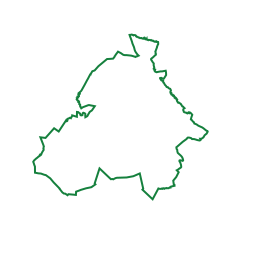 Chapa de Mota, México, Mexico (Robinson projection), rotated 301°
{"feature_id": "50627088B57428074978837", "entity_name": "Chapa de Mota", "entity_type": "district", "adm_level": 2, "iso_a3": "MEX", "parent_name": "Mexico", "parent_adm1": "México", "projection": "robinson", "projection_center": [-99.535, 19.819], "detail": "fine", "context": "isolated", "style": "outline", "palette": "green", "viewbox_px": 256, "rotation_deg": 301, "n_neighbors": 0, "source": "geoboundaries", "source_scale": "gbopen_adm2", "svg_char_len": 5720}
<svg xmlns="http://www.w3.org/2000/svg" viewBox="0 0 256 256"><g transform="rotate(301 128 128)"><path d="M208.6,81.4L208.1,81.9L206.3,84.2L203.9,87.1L202.8,88.2L200.3,91.6L198.3,93.6L197.4,94.8L196.8,96.0L195.9,98.1L195.5,99.8L194.8,99.3L194.5,99.2L193.3,98.0L192.8,97.9L192.1,94.9L191.7,93.5L189.8,89.4L188.6,87.3L188.3,86.2L188.5,83.3L188.3,80.1L187.0,80.0L184.4,79.7L183.5,79.8L182.5,79.6L181.9,79.8L179.8,79.5L178.2,77.3L176.3,74.5L165.7,70.8L160.3,69.8L159.7,69.4L158.3,68.2L155.3,68.2L154.6,68.4L154.4,68.0L149.5,68.3L148.1,68.3L142.4,68.6L136.3,68.8L135.3,68.7L133.5,68.1L133.6,68.3L132.6,69.1L131.9,69.0L131.8,68.1L131.4,68.1L131.2,68.9L130.9,68.9L130.7,68.8L130.5,69.2L129.9,69.6L128.9,68.6L128.3,69.4L127.9,69.0L127.7,69.0L127.3,68.7L126.5,69.6L126.1,69.4L125.6,70.4L125.6,70.9L125.7,71.2L125.5,71.3L125.5,71.9L125.0,72.0L125.2,72.4L124.6,72.5L124.5,73.2L124.1,73.5L123.3,74.0L123.4,74.9L122.5,75.4L121.9,76.3L121.7,76.2L120.8,77.8L122.7,78.7L127.1,82.2L127.6,82.8L129.6,88.3L124.5,88.0L122.1,86.9L119.5,86.9L117.2,87.0L115.3,85.9L116.7,84.9L118.1,84.2L118.3,83.6L118.3,83.1L118.1,81.9L117.9,81.7L117.3,81.6L116.8,81.8L116.2,81.9L115.9,82.2L115.5,82.3L115.3,82.0L115.0,81.7L114.7,81.4L114.6,81.0L114.7,80.4L114.9,80.2L115.7,79.5L115.7,79.2L115.7,78.5L116.0,77.1L115.5,76.0L111.3,78.4L110.1,73.7L109.5,74.0L108.7,73.9L108.0,74.0L107.9,73.9L107.0,74.0L107.0,73.4L106.7,72.8L106.1,72.6L105.1,71.7L104.8,71.6L104.6,71.6L104.0,71.9L103.7,72.0L102.9,72.3L102.5,72.2L102.4,72.1L102.6,72.0L103.1,71.4L103.2,71.0L89.3,70.4L89.7,64.8L77.0,62.4L74.9,57.7L70.0,64.0L68.8,65.4L68.4,65.4L67.2,66.0L66.9,66.0L66.6,66.2L66.5,66.5L65.7,67.0L63.9,66.9L62.0,67.0L60.4,67.3L60.1,67.2L60.1,66.6L59.9,66.6L59.8,66.3L59.1,66.3L59.0,66.5L58.7,66.7L57.8,66.3L57.1,65.9L55.9,65.6L54.8,65.1L51.8,64.2L50.2,64.2L49.5,65.1L48.0,66.8L47.0,68.1L41.8,71.3L43.0,74.6L44.1,76.8L44.8,80.4L45.3,81.8L44.8,87.3L43.1,92.2L40.9,100.5L40.7,100.5L39.0,104.9L38.8,106.8L39.4,108.0L39.3,110.2L39.2,110.7L39.2,110.8L40.6,111.1L42.8,115.6L43.8,117.8L46.7,116.3L49.4,118.5L50.5,119.3L54.7,123.1L58.4,127.1L62.9,129.1L63.3,128.0L78.7,124.4L75.3,139.7L76.2,140.8L76.4,141.8L77.5,142.4L78.8,143.3L79.6,144.1L84.9,152.3L89.4,157.4L95.1,161.5L83.8,172.3L82.6,172.1L79.6,185.8L91.8,185.2L91.9,185.9L92.5,187.1L93.2,188.1L93.7,188.3L93.7,189.0L94.5,189.3L94.6,190.3L95.0,190.3L95.5,191.1L96.2,191.7L96.1,191.9L96.4,192.3L97.4,193.9L98.6,194.4L98.8,194.6L98.9,195.1L99.5,194.9L99.6,195.0L99.9,195.0L102.4,197.6L102.8,197.2L102.9,197.3L103.3,197.0L103.2,196.3L106.2,193.9L110.8,194.6L116.2,194.2L116.9,191.6L117.7,192.1L119.2,192.7L121.4,193.7L122.0,193.7L122.7,193.2L123.6,192.5L125.2,190.7L126.0,189.2L126.5,188.9L126.8,188.9L127.0,189.1L127.4,189.7L128.0,191.8L128.7,191.9L129.6,191.1L130.7,189.7L131.2,188.6L131.5,187.6L132.3,183.5L133.3,182.4L134.7,181.4L135.1,180.4L136.4,179.4L136.6,179.5L144.3,182.0L148.8,183.9L149.5,183.9L150.3,184.1L150.7,184.3L151.4,185.7L151.8,187.1L151.8,187.6L151.5,188.3L151.5,188.6L152.5,190.2L153.0,192.0L153.3,193.4L154.1,195.7L154.6,196.2L154.9,196.3L155.4,196.4L155.5,196.3L156.0,195.5L156.5,196.4L158.3,197.3L158.7,197.3L159.0,197.5L160.9,197.4L161.5,197.5L163.7,198.3L165.9,198.2L166.2,197.9L166.3,197.5L166.1,196.8L166.2,195.7L166.4,194.2L166.6,193.0L166.7,191.3L166.2,187.1L166.4,184.9L166.0,182.5L166.5,182.0L167.0,181.1L166.9,180.6L167.1,179.9L167.6,178.9L167.7,177.7L167.8,177.4L170.3,176.7L172.4,176.3L172.8,175.3L173.2,173.8L173.2,172.9L172.8,172.1L172.1,172.6L171.9,172.1L171.8,171.6L171.1,171.4L171.0,170.9L171.1,169.9L170.9,169.6L170.5,168.0L170.6,167.5L171.0,167.1L171.3,166.8L171.7,166.2L171.9,166.0L172.7,165.8L173.3,165.8L174.1,166.2L174.3,165.1L174.6,164.6L174.7,164.1L174.5,163.5L174.7,163.0L175.4,161.8L175.5,161.2L175.9,160.8L175.9,159.3L176.0,158.4L175.5,158.1L175.5,157.8L176.6,155.8L177.1,155.5L177.6,155.6L178.1,154.6L178.3,154.1L177.9,154.0L177.7,153.6L177.9,152.9L177.9,152.3L178.2,152.0L178.7,152.3L178.9,151.4L179.2,151.0L179.3,150.9L178.8,150.4L178.7,149.8L178.9,149.6L179.5,149.6L179.6,149.4L179.5,149.1L179.0,149.0L179.0,148.8L179.6,148.0L179.6,147.9L179.4,147.7L179.7,147.5L179.5,147.4L179.6,147.0L179.8,146.9L180.0,146.9L180.0,146.4L180.2,146.2L180.6,146.3L180.8,145.7L181.2,145.6L182.4,145.4L183.3,144.0L183.1,142.8L183.1,142.1L183.4,141.5L183.5,141.0L183.1,140.2L183.1,139.9L183.7,138.8L184.1,137.2L185.1,135.8L185.1,135.1L185.3,134.7L186.5,133.9L186.2,133.4L186.2,133.0L186.0,132.4L186.0,132.2L186.1,131.8L186.3,131.4L186.5,130.9L186.8,130.6L187.0,130.0L187.4,129.8L188.1,130.6L188.3,132.7L188.5,133.1L188.8,133.3L193.0,133.4L194.0,132.8L195.4,131.8L196.5,130.8L194.1,128.1L193.4,126.9L190.9,124.1L190.6,123.9L190.3,122.4L190.7,121.3L191.0,121.0L191.8,121.3L192.1,121.2L191.9,120.0L192.0,119.5L192.3,119.4L193.1,119.4L193.5,119.3L194.1,118.6L195.2,117.5L196.4,117.0L196.7,116.6L197.1,115.4L198.1,113.5L198.4,112.8L198.6,112.5L199.0,112.3L199.3,112.2L201.4,113.0L204.3,113.8L204.8,114.1L205.8,113.9L206.0,113.3L206.4,113.0L207.4,112.5L207.6,112.1L212.1,111.3L212.3,111.1L212.9,111.0L214.4,110.7L215.4,110.7L216.4,110.1L217.2,109.5L216.8,108.4L216.6,108.2L216.9,107.9L216.9,107.4L215.8,106.8L215.5,105.1L215.8,105.0L215.8,104.7L215.5,103.8L215.2,103.3L215.3,103.0L215.3,102.8L215.2,102.8L215.0,102.7L215.1,102.4L214.2,100.3L213.9,100.0L213.7,100.0L213.6,99.2L213.5,98.6L214.1,98.1L213.3,98.1L213.2,97.9L213.5,97.0L213.4,96.9L213.1,97.1L213.0,96.9L213.1,96.7L213.9,96.1L214.0,95.8L213.9,95.4L213.4,95.2L212.7,95.3L212.4,95.2L212.3,94.9L212.5,94.7L212.0,94.1L212.1,93.2L211.2,92.0L211.3,91.2L210.9,90.4L211.1,89.2L210.6,88.4L210.8,87.6L211.2,87.3L211.3,87.0L211.3,86.4L210.7,85.1L210.2,85.0L210.1,84.2L210.1,83.2L209.1,82.1L208.6,81.4Z" fill="none" stroke="#15803d" stroke-width="2"/></g></svg>